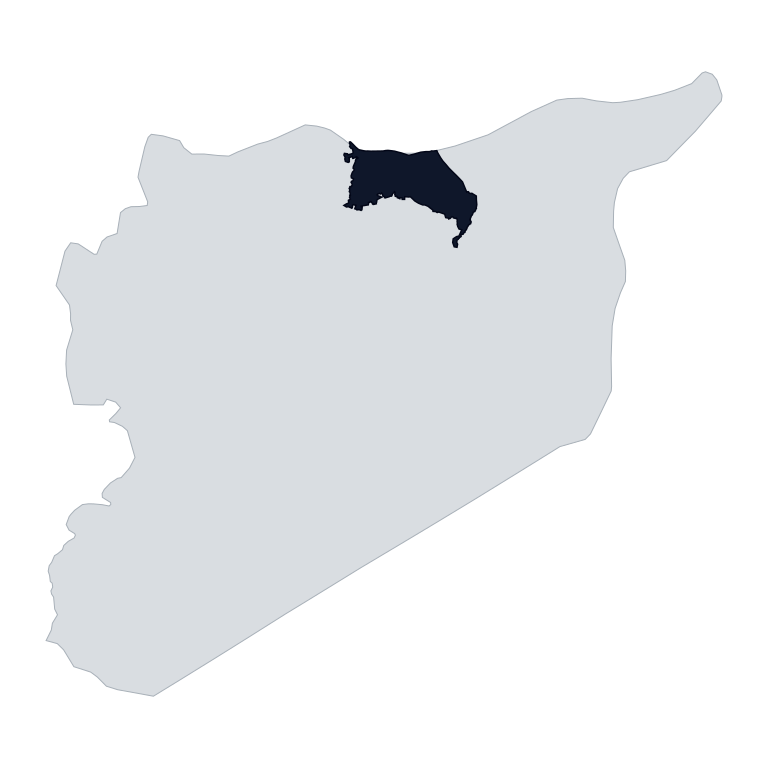 location of Tell Abiad, Ar Raqqah, Syria
{"feature_id": "27442178B34075692761550", "entity_name": "Tell Abiad", "entity_type": "district", "adm_level": 2, "iso_a3": "SYR", "parent_name": "Syria", "parent_adm1": "Ar Raqqah", "projection": "orthographic", "projection_center": [39.333, 36.35], "detail": "fine", "context": "in_parent", "style": "filled", "palette": "ink", "viewbox_px": 768, "rotation_deg": 0, "n_neighbors": 0, "source": "geoboundaries", "source_scale": "gbopen_adm2", "svg_char_len": 6645}
<svg xmlns="http://www.w3.org/2000/svg" viewBox="0 0 768 768"><path d="M70.7,242.8L78.2,243.9L94.1,254.3L96.8,254.1L102.1,241.3L107.0,237.0L117.1,233.5L120.5,212.6L125.3,208.7L131.0,206.7L139.6,206.5L147.2,205.5L147.7,201.8L138.0,177.2L139.1,171.1L144.8,146.8L148.2,137.3L151.3,134.3L163.1,135.9L179.6,140.6L183.8,147.7L191.8,154.1L203.9,154.0L218.0,155.5L228.9,156.1L237.8,151.9L257.7,144.1L267.5,141.5L276.5,138.0L305.2,124.9L316.7,126.1L324.5,128.0L330.4,130.1L343.8,139.4L354.9,148.8L362.7,151.6L376.7,151.5L397.0,153.3L422.0,153.2L436.5,150.6L455.1,146.0L488.1,134.8L531.4,111.5L556.8,100.1L567.7,98.6L582.1,98.2L596.4,100.9L612.7,102.7L620.2,102.3L637.7,99.7L660.4,94.5L674.6,90.3L691.7,83.6L702.1,73.0L705.5,71.8L710.1,73.5L712.2,74.2L716.8,79.9L721.9,95.0L721.9,96.7L721.2,101.0L710.3,113.8L695.4,131.2L684.7,142.1L666.6,160.6L652.7,164.8L629.4,171.8L623.2,178.3L617.6,188.6L614.4,202.5L613.6,211.2L613.3,227.5L619.1,244.2L624.8,260.3L625.7,270.9L625.4,281.5L620.4,292.9L615.1,308.4L612.2,325.9L611.1,358.6L611.6,386.4L611.2,391.0L601.7,410.8L590.5,433.9L585.2,439.4L559.9,446.6L532.4,463.7L501.5,482.8L473.4,500.1L443.7,518.1L412.8,536.7L390.7,549.9L361.0,567.6L333.9,584.3L306.4,601.2L285.4,614.0L253.4,634.2L234.6,646.0L206.8,663.3L182.4,678.4L153.4,696.2L117.6,689.7L106.4,686.2L97.4,677.1L90.7,672.1L73.9,666.7L63.6,649.8L57.3,643.6L46.1,640.6L51.3,630.1L52.4,623.2L57.5,614.8L54.7,609.1L53.6,597.1L51.6,594.1L50.9,590.9L52.7,587.2L52.2,583.2L50.3,581.5L49.6,575.5L48.2,571.1L49.2,565.7L51.7,562.3L54.5,555.7L57.6,553.8L62.5,549.7L63.8,545.4L68.3,541.3L74.1,538.0L75.4,535.2L74.7,533.6L69.1,530.2L66.2,524.6L69.2,516.5L71.1,514.1L74.6,510.3L82.4,504.6L88.4,503.8L93.6,503.9L102.3,504.7L109.1,506.0L110.8,504.5L110.6,502.5L102.4,497.4L102.1,493.5L104.3,489.4L110.4,483.0L117.6,478.3L121.2,477.6L129.5,468.1L135.0,457.4L127.4,430.7L122.4,426.3L114.4,422.5L109.6,421.8L109.3,420.0L115.9,413.5L120.6,407.8L115.7,402.1L106.8,399.2L103.3,404.9L91.7,405.0L73.7,404.3L66.7,376.2L65.9,364.0L66.6,350.1L72.8,329.8L70.5,320.2L70.6,313.8L69.5,305.0L56.1,285.6L65.0,251.1L70.7,242.8Z" fill="#d9dde1" stroke="#a8b0b8" stroke-width="1"/><path d="M343.9,205.4L346.3,206.9L346.9,207.0L347.8,206.7L348.6,206.5L348.8,206.9L350.5,207.6L351.1,207.8L351.8,208.2L352.3,207.7L352.6,205.2L353.4,204.7L355.8,205.3L355.5,205.6L355.7,206.2L354.8,208.8L356.9,209.5L357.0,209.9L358.0,209.7L358.3,209.7L359.4,209.7L360.8,210.3L360.9,209.9L361.6,210.1L361.9,209.8L362.2,206.9L361.1,206.8L361.1,206.0L366.4,205.2L366.7,204.8L368.0,205.1L368.6,203.8L368.4,202.5L370.0,202.2L370.2,201.5L371.3,201.7L371.7,202.7L372.9,203.4L372.6,204.0L373.0,204.3L373.5,203.8L373.8,203.8L374.2,203.8L374.2,204.3L376.3,203.8L376.2,203.1L376.7,202.0L376.7,201.4L376.7,200.5L377.5,199.4L379.0,198.6L380.3,197.9L381.9,197.1L380.4,196.8L380.2,196.4L377.9,195.8L377.7,195.4L377.1,194.9L377.7,194.1L377.9,194.2L378.4,193.8L379.0,193.8L379.3,193.4L380.5,194.0L381.2,193.7L381.7,193.1L382.6,194.5L382.8,195.5L383.7,196.3L384.7,196.9L384.6,197.1L385.1,197.5L384.9,197.8L385.2,197.9L389.3,196.7L390.0,196.2L391.6,196.1L392.2,194.9L392.4,193.9L394.2,192.2L394.4,191.6L394.8,191.9L395.0,192.2L394.7,192.4L394.7,192.7L394.9,192.9L394.9,193.2L395.0,193.3L395.1,193.8L394.9,193.9L394.8,194.7L395.2,195.1L395.2,196.2L395.6,196.4L396.2,196.1L397.0,196.4L397.0,196.9L397.4,196.9L397.5,197.8L398.5,197.7L398.7,198.2L399.8,198.7L399.9,197.7L402.1,197.8L402.2,199.4L404.6,199.4L404.7,196.7L409.1,197.0L410.2,196.6L412.9,199.1L414.7,200.9L418.5,203.2L422.6,204.9L424.8,204.9L428.1,206.3L430.3,208.1L432.8,210.0L433.0,211.4L435.8,211.6L437.1,212.5L437.7,212.1L437.9,212.3L438.3,212.1L438.9,212.1L444.7,214.1L445.7,217.6L448.2,218.1L448.8,218.3L448.8,218.9L450.2,218.4L451.7,216.7L452.8,216.8L453.4,217.9L454.0,218.0L454.5,218.2L455.3,218.2L455.8,218.5L456.5,218.2L457.3,219.9L457.1,221.3L457.4,223.4L457.1,224.1L457.8,226.6L459.0,229.0L461.8,229.8L458.9,236.1L456.6,236.6L453.2,238.8L452.7,242.5L454.2,246.8L457.0,247.3L457.6,244.2L456.7,242.4L457.1,239.9L458.2,239.3L458.5,238.6L459.2,238.2L459.5,237.3L460.3,237.1L461.1,236.5L460.9,236.0L461.1,235.2L461.5,234.4L462.1,234.4L462.8,234.3L463.3,234.0L463.4,233.5L463.6,233.1L464.2,232.7L464.5,232.3L464.9,232.3L465.3,230.6L466.4,229.7L466.6,228.9L467.0,228.2L466.9,227.7L467.9,226.4L468.6,224.8L469.7,224.5L470.3,223.5L470.7,223.5L470.8,222.6L471.2,222.0L470.9,221.4L470.6,221.1L470.4,220.1L470.0,220.1L469.8,219.6L470.4,218.6L470.4,218.1L471.1,216.8L471.2,216.0L472.3,214.9L473.3,212.2L473.8,211.8L474.3,211.8L474.9,211.5L475.3,210.3L475.8,209.7L475.9,208.9L476.4,208.4L476.2,207.7L476.4,207.0L476.8,204.7L476.4,200.0L476.3,196.0L472.5,193.7L472.4,193.6L472.2,193.5L471.9,193.5L471.9,193.4L471.7,193.4L471.4,193.3L471.2,193.3L470.9,193.4L470.7,193.4L470.6,193.5L470.4,193.5L470.3,193.4L470.2,193.4L469.9,193.4L469.7,193.3L469.6,193.2L469.4,193.2L469.2,193.0L469.2,192.9L468.9,192.7L468.8,192.4L468.7,192.4L468.7,192.2L468.4,192.0L468.4,191.9L468.2,191.9L467.9,191.8L467.9,191.7L467.7,191.7L467.4,191.8L467.2,191.8L466.9,192.0L466.7,192.1L462.5,181.9L459.6,178.8L456.0,175.1L453.5,172.7L449.0,168.2L446.1,164.7L442.9,161.1L440.7,157.9L437.7,152.8L436.8,150.6L436.2,150.7L433.1,151.1L431.6,150.9L431.0,151.2L430.3,151.4L429.4,151.6L426.1,151.6L420.8,152.2L416.2,153.5L413.9,154.2L409.0,155.3L407.8,155.1L402.7,153.4L401.2,152.9L398.0,152.1L394.7,151.2L391.8,150.8L388.2,150.4L386.0,150.5L383.1,151.0L379.1,151.1L377.9,151.1L370.8,151.2L367.5,151.0L366.1,151.1L363.8,150.8L359.2,149.8L358.6,149.5L358.4,149.4L355.7,147.1L353.4,144.7L352.7,144.0L350.5,141.9L349.5,142.0L349.4,142.9L349.7,143.7L350.0,144.1L350.0,144.4L350.4,144.8L349.6,146.5L349.9,147.0L350.6,147.6L351.0,148.4L352.5,148.7L353.2,152.6L352.8,153.2L352.0,153.7L348.1,154.8L347.5,153.8L344.4,153.4L343.9,155.0L345.2,157.4L344.8,159.0L345.4,161.4L348.2,162.4L349.3,161.8L349.3,158.5L348.8,157.7L352.3,156.5L352.8,158.4L353.6,158.3L355.5,157.1L356.2,156.9L356.5,156.7L356.9,156.9L356.8,157.5L356.9,158.0L357.5,157.6L357.9,157.7L358.0,158.0L357.4,158.5L356.3,158.4L355.4,160.8L355.5,161.5L353.4,166.3L353.1,168.2L354.1,169.2L354.2,170.3L352.5,172.1L352.0,173.3L351.1,175.9L351.4,177.9L351.9,178.1L353.5,178.6L352.9,180.8L351.5,181.3L351.1,182.4L352.1,183.8L352.1,185.7L351.4,185.9L351.4,186.0L351.3,186.3L351.2,186.5L350.9,186.7L350.9,186.8L350.7,186.8L350.4,186.8L350.2,186.8L349.9,186.7L349.8,187.0L349.9,187.6L349.8,187.9L349.2,188.3L349.2,188.6L349.6,188.9L349.7,189.5L349.7,190.4L349.3,191.7L349.6,192.0L350.0,192.2L350.3,194.8L349.7,195.2L349.8,195.5L350.3,195.8L349.5,197.2L350.4,199.1L348.4,200.3L348.7,203.0L346.4,203.9L343.9,205.4Z" fill="#0f172a" stroke="#020617" stroke-width="1.5"/></svg>